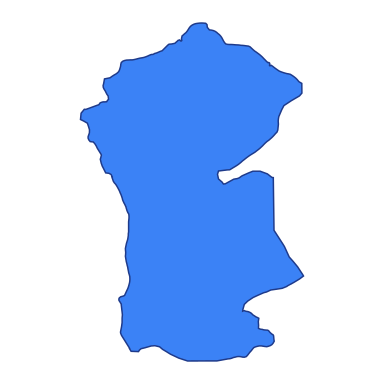 the district of Al Makhadir, Ibb, Yemen
{"feature_id": "15242507B59993848545507", "entity_name": "Al Makhadir", "entity_type": "district", "adm_level": 2, "iso_a3": "YEM", "parent_name": "Yemen", "parent_adm1": "Ibb", "projection": "mercator", "projection_center": [44.207, 14.141], "detail": "fine", "context": "isolated", "style": "filled", "palette": "blue", "viewbox_px": 384, "rotation_deg": 0, "n_neighbors": 0, "source": "geoboundaries", "source_scale": "gbopen_adm2", "svg_char_len": 5266}
<svg xmlns="http://www.w3.org/2000/svg" viewBox="0 0 384 384"><path d="M84.3,109.3L81.1,113.2L80.5,119.5L83.6,121.0L87.4,123.2L88.5,126.5L89.5,129.8L89.4,132.9L88.1,136.7L88.1,138.2L88.8,139.9L90.2,141.6L93.3,142.0L94.8,143.7L96.1,145.7L97.4,148.4L101.0,154.2L101.4,155.1L100.7,158.0L100.3,159.2L101.2,163.1L102.3,166.2L103.2,167.9L103.3,168.1L105.7,172.9L108.9,173.3L111.1,174.5L112.1,176.6L111.8,176.6L112.1,177.7L112.7,179.4L113.3,181.2L114.3,182.8L115.6,184.2L116.6,185.7L117.7,187.6L118.7,189.5L119.5,191.1L120.2,192.9L121.0,194.6L121.6,196.3L122.2,198.0L122.6,199.8L123.3,201.5L124.2,203.4L124.7,204.2L124.8,204.5L125.1,205.1L125.9,206.8L126.4,208.7L127.0,210.6L127.8,212.5L128.8,214.1L129.0,216.0L129.0,218.0L128.8,220.0L128.6,221.9L128.6,224.0L128.6,225.8L128.6,227.9L128.6,230.0L128.6,231.9L128.3,233.7L128.3,235.5L128.0,237.5L127.7,239.3L127.2,241.0L126.5,243.2L126.1,245.1L125.7,247.0L125.4,248.5L125.5,250.5L125.7,252.3L125.6,254.4L125.4,256.2L125.7,258.1L126.0,259.9L126.3,261.7L126.8,263.5L127.2,265.4L127.7,267.2L128.0,269.1L128.4,271.0L128.7,272.8L129.3,274.7L129.8,276.7L129.9,279.1L129.8,281.0L129.5,282.9L128.9,285.2L128.3,287.2L127.6,289.0L126.7,290.8L125.8,292.8L124.9,294.7L124.6,295.4L123.5,296.0L122.1,296.4L120.7,296.8L119.3,297.9L118.9,298.9L118.9,299.6L119.0,300.5L119.6,301.4L120.0,302.0L120.4,302.7L121.3,304.1L121.2,304.3L122.1,312.0L122.4,314.8L122.1,318.1L122.1,322.7L121.5,327.0L120.9,330.0L120.5,332.0L120.6,333.0L121.3,334.9L122.2,336.5L122.6,337.1L129.6,348.3L129.4,348.5L131.1,351.3L138.5,351.6L139.5,350.0L141.1,348.7L144.8,347.8L151.1,346.0L154.9,345.7L159.6,346.8L162.5,349.3L167.3,352.2L170.5,354.2L178.8,358.1L187.6,361.0L209.1,360.9L217.0,360.9L227.9,358.9L229.9,358.7L231.8,358.2L232.4,357.9L233.5,357.5L235.3,357.1L237.1,356.6L239.0,356.5L240.8,356.7L242.6,357.1L244.4,357.2L246.3,356.6L247.6,355.2L248.8,353.6L250.0,352.1L251.4,350.6L252.5,349.1L253.8,347.6L255.6,346.8L257.5,346.3L259.3,345.9L261.2,345.9L263.1,346.2L265.0,346.5L266.8,346.7L268.6,346.2L270.3,345.6L271.9,344.6L273.1,343.2L273.6,342.3L274.2,341.2L273.9,339.3L273.6,335.8L273.0,334.7L271.6,333.9L269.8,332.2L268.6,330.7L267.7,330.2L264.1,329.9L263.2,329.7L262.4,329.4L260.5,329.2L258.5,328.4L258.5,326.5L258.6,325.5L258.3,321.6L258.8,318.3L257.8,317.7L256.0,316.9L254.5,315.9L252.8,314.8L251.4,313.3L249.8,312.3L248.0,311.6L246.0,311.3L244.3,310.7L244.2,310.6L243.5,310.8L243.1,310.9L242.7,311.1L242.8,309.8L244.3,304.4L247.7,301.1L253.1,297.5L258.5,295.0L263.8,292.7L266.5,292.0L270.8,290.0L276.4,289.2L282.2,288.3L286.9,286.4L287.4,285.9L293.7,282.5L299.5,279.0L303.5,276.0L302.7,274.6L297.6,266.8L292.7,260.9L289.2,257.0L285.8,249.5L284.4,246.5L283.1,244.4L274.0,230.3L273.8,214.8L273.6,200.2L273.3,177.6L271.9,177.4L267.4,173.9L260.1,171.2L252.9,171.2L248.4,173.0L242.1,175.8L240.8,176.7L239.1,177.9L237.2,178.6L235.9,178.8L233.7,179.2L225.3,183.8L223.4,184.0L222.1,182.1L218.5,179.0L217.5,174.3L218.5,171.0L227.4,169.9L229.7,169.8L231.2,168.9L232.8,167.9L234.5,166.9L236.3,165.8L237.8,164.8L238.5,164.3L239.4,163.6L240.9,162.4L242.4,161.0L244.1,159.7L245.6,158.5L247.0,157.4L248.8,156.1L250.4,155.0L253.5,153.1L255.1,152.1L256.6,150.9L258.3,149.6L259.7,148.5L261.2,147.1L262.5,145.9L263.8,144.5L265.3,143.0L267.1,141.4L268.7,140.3L269.8,139.4L270.2,139.0L271.7,137.7L273.1,136.3L274.3,135.0L275.5,133.6L276.9,132.2L277.0,132.1L277.8,130.0L278.4,124.2L278.2,121.1L278.4,118.9L278.8,116.6L281.7,109.8L283.9,105.6L291.3,100.7L299.5,95.9L301.9,93.1L301.8,83.4L301.7,83.3L299.2,81.9L298.4,81.1L297.2,79.6L295.7,78.1L294.2,76.9L292.7,75.8L290.3,74.3L288.6,73.9L286.8,73.6L284.6,73.0L282.7,72.4L281.0,71.8L279.3,71.1L277.6,70.0L275.8,68.7L274.3,67.6L272.8,66.4L271.2,65.3L270.7,65.3L270.5,65.5L270.3,65.6L270.1,65.8L269.8,65.8L269.7,65.7L269.5,65.4L269.7,64.0L269.7,63.3L269.4,62.9L269.0,62.6L268.6,62.5L268.1,62.7L266.6,61.5L265.3,60.1L263.9,58.7L262.5,57.2L261.0,55.8L259.5,54.5L258.0,53.4L256.4,52.2L254.6,51.0L253.0,49.6L251.4,48.1L250.0,46.8L248.4,46.1L246.6,45.9L244.6,45.6L242.7,45.4L240.9,45.3L239.0,45.0L237.1,44.9L235.1,44.8L233.2,44.6L231.3,44.5L229.5,44.5L227.7,44.4L225.9,44.0L224.6,42.7L223.6,41.1L222.7,39.4L221.7,37.5L220.6,36.0L219.3,34.6L217.9,33.5L216.6,32.3L214.9,31.2L213.1,30.5L211.3,30.1L209.4,29.9L207.3,27.3L207.0,24.6L205.7,23.3L203.5,23.1L201.6,23.0L199.6,23.1L197.8,23.3L195.8,23.6L194.1,24.1L192.1,25.1L190.5,26.3L189.3,27.8L188.3,29.4L187.2,31.1L186.0,32.6L184.5,33.8L183.1,35.1L182.1,35.9L181.5,38.5L181.8,40.5L181.5,40.9L180.8,41.0L180.4,40.8L180.2,40.4L179.7,39.9L178.0,40.4L177.6,40.9L176.2,42.1L174.9,43.3L171.6,44.0L169.0,44.2L167.8,45.1L162.2,50.7L162.0,50.8L160.2,51.4L158.4,52.2L156.5,53.0L154.6,53.5L153.1,54.4L151.3,54.5L149.5,55.2L147.8,56.0L145.8,56.8L144.0,57.4L142.1,57.8L140.1,58.1L138.0,58.6L136.2,59.1L134.0,59.6L132.2,59.9L130.4,59.9L128.4,60.0L126.5,60.1L124.6,60.5L122.8,61.2L121.3,62.5L120.8,64.3L120.6,66.2L120.1,68.0L119.5,69.9L118.7,71.6L117.4,72.9L115.9,74.0L114.1,75.0L112.4,76.1L110.7,77.3L110.0,77.8L104.5,78.9L103.6,83.8L103.1,85.6L103.3,87.5L104.1,89.2L105.2,90.9L106.1,92.7L106.9,94.3L108.1,95.9L108.4,98.0L108.5,99.4L107.5,100.3L106.7,101.7L104.9,101.9L103.0,101.9L101.2,102.4L100.0,103.0L98.9,104.7L97.1,105.3L85.9,109.4L84.3,109.3Z" fill="#3b82f6" stroke="#1e3a8a" stroke-width="1.5"/></svg>